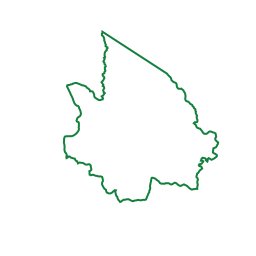 outline of Carbonita, Minas Gerais, Brazil, rotated 141°
{"feature_id": "56859067B13001741051446", "entity_name": "Carbonita", "entity_type": "district", "adm_level": 2, "iso_a3": "BRA", "parent_name": "Brazil", "parent_adm1": "Minas Gerais", "projection": "orthographic", "projection_center": [-43.039, -17.512], "detail": "fine", "context": "isolated", "style": "outline", "palette": "green", "viewbox_px": 256, "rotation_deg": 141, "n_neighbors": 0, "source": "geoboundaries", "source_scale": "gbopen_adm2", "svg_char_len": 5193}
<svg xmlns="http://www.w3.org/2000/svg" viewBox="0 0 256 256"><g transform="rotate(141 128 128)"><path d="M66.6,94.1L66.3,96.0L65.8,97.3L64.9,97.9L64.8,99.1L63.8,100.2L64.2,101.8L63.7,103.2L64.1,104.3L63.6,105.3L63.8,106.3L64.4,107.4L64.4,109.0L64.5,110.4L65.2,111.3L65.8,112.4L65.7,113.7L65.0,114.9L63.6,116.1L62.7,117.4L62.2,118.3L61.8,119.3L61.6,120.8L61.3,122.6L61.6,123.9L61.8,125.1L62.7,125.5L63.6,126.3L64.3,127.3L64.2,128.6L63.8,129.8L63.1,130.7L62.6,131.7L62.5,132.9L63.1,134.2L63.7,135.0L63.9,136.3L64.1,137.9L63.3,139.4L63.1,140.9L63.4,142.5L63.5,144.1L63.5,145.8L70.7,167.9L87.3,218.9L88.1,218.0L89.2,217.5L89.9,216.3L89.6,214.6L90.0,213.0L90.7,211.7L91.5,210.8L91.9,209.2L92.5,208.1L92.8,206.6L93.9,205.9L93.8,204.9L93.2,203.6L93.9,202.7L95.1,202.7L95.7,201.7L97.1,201.7L98.3,201.4L99.3,200.5L100.4,199.4L101.1,197.6L102.5,197.7L102.7,196.3L104.1,195.7L105.3,195.1L105.2,193.6L106.0,192.7L105.9,191.3L106.6,189.8L107.8,189.8L108.4,189.0L109.1,188.1L109.5,186.7L111.1,186.3L112.1,185.4L113.7,185.9L114.6,184.8L114.7,183.7L114.4,182.6L115.0,181.7L116.5,181.0L117.5,180.5L118.5,180.5L119.8,180.2L119.8,179.1L119.9,178.0L120.0,177.0L121.2,176.6L120.8,175.2L121.4,173.9L122.7,173.4L123.7,172.9L123.9,171.7L124.6,170.9L124.1,169.7L125.7,169.3L127.2,168.9L128.5,169.2L128.6,168.2L128.7,166.9L129.6,166.2L130.8,166.8L132.1,167.2L132.9,167.8L133.5,169.2L133.8,170.2L134.3,171.5L134.5,173.0L134.1,174.3L133.1,175.4L133.0,176.5L132.6,177.5L132.6,178.5L133.1,179.4L134.4,180.4L133.8,181.7L134.0,183.5L134.6,185.0L134.5,186.7L135.1,187.8L135.7,188.9L136.7,190.0L137.5,191.5L138.1,192.8L138.8,193.8L139.3,194.8L140.1,195.9L141.2,196.4L142.6,197.1L144.0,197.2L144.9,197.9L145.9,198.1L146.8,198.6L148.2,199.4L149.2,198.8L149.5,197.6L149.8,196.2L150.2,194.7L150.5,193.4L150.7,192.1L151.1,191.0L151.5,189.4L151.9,187.6L152.2,186.4L152.5,185.4L152.9,184.4L153.3,183.3L153.7,182.0L154.1,180.7L154.1,179.2L153.7,177.5L153.0,176.6L152.9,175.4L153.6,174.0L153.9,172.3L154.3,171.2L154.9,169.9L155.7,168.6L156.8,167.8L157.8,167.5L159.0,167.5L160.1,167.7L161.2,167.5L162.1,167.0L163.4,166.1L163.6,165.0L162.8,163.9L163.1,162.6L164.0,161.7L164.9,160.4L165.9,159.6L166.4,158.6L167.1,157.8L168.0,157.1L169.2,156.8L170.2,156.5L171.6,156.2L172.7,156.2L173.8,156.3L175.4,156.5L177.1,157.2L178.3,158.2L179.3,159.0L180.5,159.9L181.4,160.6L182.4,161.0L183.6,160.5L184.6,159.7L185.7,158.3L187.0,157.0L187.6,155.8L188.0,154.9L188.8,153.8L189.9,152.3L191.0,151.3L191.6,150.1L192.1,148.8L192.1,146.8L192.8,145.2L194.0,144.5L194.7,143.3L193.5,143.0L192.2,143.3L191.3,142.6L191.1,141.0L190.3,140.0L189.8,139.0L188.6,137.7L189.0,136.5L189.1,135.3L188.5,134.4L188.8,133.3L189.2,132.0L187.6,131.8L186.6,130.8L185.2,129.4L184.6,128.3L184.4,127.3L184.0,126.4L183.1,125.5L182.1,124.9L181.1,124.4L180.6,123.5L180.6,122.3L181.5,121.0L182.2,119.5L182.8,118.6L183.9,118.4L185.1,118.8L185.7,118.0L186.3,117.1L187.2,116.0L186.6,114.6L185.1,114.0L184.3,113.3L183.8,112.2L183.0,111.0L182.1,110.1L181.2,108.7L179.7,107.6L178.9,106.3L179.4,104.9L180.0,103.9L180.8,102.6L182.4,101.9L183.5,100.8L184.0,99.4L184.3,97.7L184.5,96.4L184.5,95.3L184.0,94.0L184.7,92.5L185.1,91.3L184.6,90.2L184.0,89.1L182.9,88.3L181.8,87.9L180.6,87.8L179.4,88.0L177.5,88.0L176.7,87.2L177.8,86.6L178.6,85.4L179.3,83.8L179.8,82.5L179.6,81.3L180.2,80.3L180.7,78.4L180.6,76.9L180.7,75.5L179.5,75.1L178.2,75.2L176.5,75.0L175.4,74.1L174.4,73.6L173.4,73.1L172.3,72.2L171.7,70.7L171.1,69.3L170.0,67.8L168.8,67.6L167.7,66.9L166.7,66.3L165.7,66.0L164.5,64.7L163.5,63.7L162.3,63.1L161.3,62.6L160.4,61.7L159.0,61.1L157.7,61.8L156.5,62.5L155.2,63.2L154.3,63.7L153.4,64.2L151.8,64.8L151.0,65.8L150.0,66.2L148.9,66.9L148.1,68.0L147.3,69.2L146.4,69.9L145.5,70.7L144.6,71.4L143.7,72.1L142.9,72.8L142.1,73.6L140.9,74.3L140.0,73.7L139.3,72.6L138.6,71.3L138.4,69.7L138.1,68.6L137.7,67.5L137.7,66.5L137.8,65.0L137.1,63.7L136.1,63.0L134.9,61.8L133.5,61.4L132.5,60.5L131.6,59.9L130.9,59.0L130.4,57.5L129.6,56.6L128.2,56.4L127.1,56.2L126.1,56.1L125.4,55.1L125.1,54.1L124.9,52.5L124.3,50.8L123.4,49.8L122.4,49.5L121.0,49.4L119.9,48.8L119.5,47.7L118.9,46.7L118.5,45.5L118.3,44.0L118.1,42.3L117.7,41.0L117.1,39.9L115.8,39.4L114.7,38.6L113.6,38.1L112.5,37.1L111.7,38.2L110.5,39.1L109.3,40.3L108.6,41.8L107.7,42.9L106.0,44.0L105.6,45.5L105.7,46.7L105.1,47.5L104.1,48.1L102.9,49.1L101.7,48.9L100.4,49.4L99.0,49.8L97.5,49.8L95.9,49.8L95.4,51.3L95.5,52.4L96.5,53.4L96.4,54.5L95.2,54.9L94.3,54.2L93.0,54.0L91.6,54.3L90.4,54.8L90.9,55.9L91.9,56.7L90.9,57.3L89.9,58.0L88.5,57.8L88.0,56.8L87.2,56.1L87.0,55.0L87.8,53.5L87.4,52.0L86.4,52.7L85.6,53.6L84.4,53.9L83.8,53.0L83.6,51.9L83.1,50.8L81.9,50.4L80.7,50.2L79.4,50.0L77.9,50.0L76.8,50.1L76.0,51.0L76.3,52.4L76.7,53.6L77.4,54.7L77.3,55.8L76.5,56.5L75.4,57.5L74.4,58.5L73.3,58.1L71.9,57.7L70.6,58.0L69.5,58.6L68.3,59.0L67.0,60.1L67.4,61.4L67.5,62.5L67.5,63.8L66.7,65.1L65.0,65.7L64.0,67.5L63.4,68.7L63.9,70.0L64.8,71.2L65.5,72.6L66.4,73.7L67.4,74.1L68.8,74.0L70.2,74.0L71.6,74.7L72.5,75.9L72.7,77.2L72.5,78.3L72.4,79.4L72.4,80.7L72.4,82.0L73.1,83.0L73.8,84.2L74.1,85.2L73.9,86.3L73.5,87.5L73.6,88.9L73.9,90.3L72.6,90.5L71.4,89.5L70.4,89.2L69.6,89.8L68.9,90.6L68.6,91.9L67.8,93.3L66.6,94.1Z" fill="none" stroke="#15803d" stroke-width="2"/></g></svg>